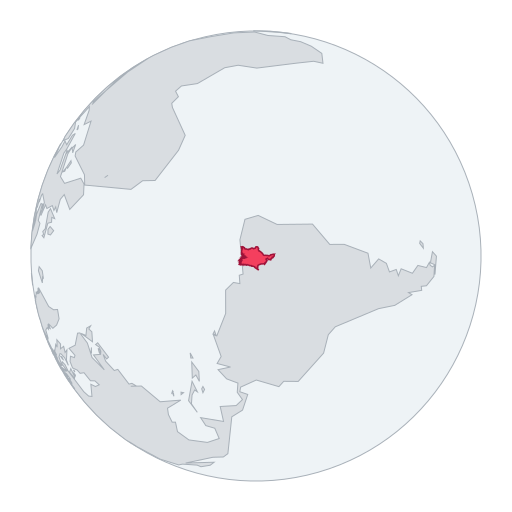 Maranhão highlighted on a globe, orthographic projection, rotated 254°
{"feature_id": "BRA-593", "entity_name": "Maranhão", "entity_type": "State", "adm_level": 1, "iso_a3": "BRA", "parent_name": "Brazil", "parent_adm1": "", "projection": "orthographic", "projection_center": [-45.076, -5.686], "detail": "fine", "context": "on_globe", "style": "filled", "palette": "rose", "viewbox_px": 512, "rotation_deg": 254, "n_neighbors": 0, "source": "natural_earth", "source_scale": "10m", "svg_char_len": 12503}
<svg xmlns="http://www.w3.org/2000/svg" viewBox="0 0 512 512"><g transform="rotate(254 256 256)"><circle cx="256" cy="256" r="225" fill="#eef3f6" stroke="#a8b0b8"/><path d="M179.9,44.0L178.3,45.3L182.9,43.5L184.7,44.0L190.6,42.4L188.4,43.8L195.1,41.4L196.0,40.5L199.3,39.3L202.9,38.5L200.7,39.9L198.5,40.5L199.8,40.5L197.1,41.7L200.4,40.7L197.3,42.9L205.7,39.7L207.7,40.6L204.1,42.5L197.6,43.6L173.1,53.0L167.5,56.5L166.2,59.6L178.2,61.9L174.8,65.7L175.4,69.8L180.4,66.7L181.7,62.5L191.2,58.5L191.7,54.6L195.6,52.7L199.0,48.8L205.8,48.2L210.8,50.0L208.4,53.4L210.4,54.6L218.8,50.8L220.1,57.6L231.0,63.2L230.6,65.5L218.8,69.9L203.6,70.4L188.4,78.8L205.7,72.5L204.3,79.5L207.2,80.6L211.6,80.2L215.1,77.4L216.2,79.9L199.4,86.4L198.2,84.1L203.5,81.9L196.3,82.5L185.0,88.2L185.1,91.9L167.9,98.6L167.8,101.6L164.0,105.2L165.3,99.7L162.6,110.0L142.3,123.7L138.2,144.0L134.1,129.0L127.7,128.1L119.4,129.6L118.5,132.8L108.8,132.1L97.7,140.8L90.2,157.9L90.7,170.3L101.8,168.9L106.8,161.0L115.9,158.2L105.9,179.2L121.2,180.1L117.7,195.7L121.7,203.4L130.2,200.4L138.8,203.6L146.0,193.9L157.2,188.2L156.3,200.9L163.4,189.0L169.0,194.8L192.0,193.3L190.0,196.3L209.1,211.0L231.6,217.4L236.8,227.0L233.9,232.9L242.1,234.6L242.2,238.6L276.0,245.0L294.3,255.5L294.4,269.3L280.5,285.0L271.1,319.1L246.8,330.1L242.9,344.0L227.8,364.4L212.8,363.0L219.4,373.1L213.0,379.3L203.9,379.9L204.4,387.1L197.8,387.4L203.7,392.0L196.3,401.6L202.3,409.0L197.9,416.7L202.1,420.9L199.1,420.9L196.9,422.7L197.9,425.1L187.3,421.4L180.4,411.6L181.3,406.5L177.3,405.8L178.8,392.5L175.8,395.3L170.3,375.8L171.6,359.3L166.1,312.7L160.4,303.8L144.0,294.2L123.8,262.0L127.9,248.1L124.1,242.0L136.7,222.1L134.2,205.1L130.0,203.0L125.2,209.9L111.6,200.6L108.1,188.4L73.8,174.5L71.8,169.2L74.4,159.2L76.4,131.3L69.3,158.9L67.5,154.3L68.6,145.0L71.2,141.8L76.2,128.0L76.5,124.1L87.2,107.8L108.3,86.2L106.3,88.5L111.6,83.7L114.4,80.9L115.0,80.3L116.7,79.0L131.4,68.3L146.9,58.9L163.1,50.8L179.9,44.0ZM135.5,151.3L153.2,160.0L141.6,162.2L144.1,160.1L140.0,156.2L131.7,153.2L121.9,156.5L135.5,151.3ZM147.0,138.9L143.8,138.4L147.2,138.0L147.0,138.9ZM114.4,80.7L114.0,81.2L109.8,85.1L109.7,84.9L114.1,81.1L114.4,80.7ZM194.9,49.5L196.9,49.2L195.2,50.0L194.9,49.5ZM194.5,48.3L191.2,49.6L190.5,49.2L192.6,48.4L194.5,48.3ZM198.8,46.9L189.8,48.5L188.6,47.9L195.5,44.7L198.8,46.9ZM194.8,40.6L193.9,41.5L191.3,41.6L194.8,40.6ZM193.6,39.5L195.2,39.1L196.2,38.9L192.7,40.0L198.4,38.4L192.3,41.0L179.4,44.3L182.5,43.1L186.1,42.0L187.1,41.5L193.6,39.5ZM200.4,38.9L197.6,39.4L200.0,38.3L206.1,37.0L203.4,37.7L200.4,38.9ZM204.7,37.6L209.2,36.4L211.4,36.3L203.4,38.3L204.7,37.6ZM198.0,38.6L199.4,38.1L200.7,37.9L198.0,38.6ZM221.6,36.2L218.1,36.4L219.0,35.8L221.6,36.2ZM210.8,36.0L210.0,36.1L210.0,35.9L213.4,35.3L210.8,36.0ZM201.0,37.5L203.0,37.0L202.6,37.1L205.7,36.4L205.2,36.5L207.9,35.9L209.5,35.6L206.8,36.2L200.8,37.6L201.0,37.5ZM216.7,34.4L217.0,34.9L223.3,34.3L222.6,34.8L212.7,35.7L216.7,34.4ZM211.1,35.3L214.4,34.8L211.9,35.4L208.1,36.2L211.1,35.3ZM219.1,34.0L218.9,33.9L219.8,33.9L219.1,34.0ZM221.0,33.5L218.5,34.0L221.0,33.5ZM219.2,33.7L217.5,34.1L216.7,34.2L218.0,33.9L218.6,33.9L219.2,33.7ZM230.8,32.1L228.8,32.6L223.1,33.4L225.8,32.8L230.8,32.1ZM206.1,429.4L188.8,422.9L198.0,425.8L201.4,421.8L211.5,426.8L206.1,429.4ZM217.4,419.0L223.0,416.8L225.3,418.0L221.8,419.9L217.4,419.0ZM417.9,99.3L413.0,94.6L408.7,90.4L417.9,99.3ZM408.2,89.9L409.4,91.3L413.2,94.8L414.1,96.2L410.6,93.2L409.1,91.4L406.1,89.4L414.4,99.5L419.2,104.1L415.1,104.7L422.6,112.8L423.6,116.1L411.2,103.8L407.9,99.7L389.7,87.3L392.7,91.4L410.1,103.8L407.3,102.6L411.6,109.5L406.1,103.3L386.2,89.9L378.6,92.0L379.1,109.0L372.5,110.5L362.4,107.1L352.1,89.8L367.9,88.6L364.4,83.5L352.6,76.4L358.4,77.0L355.5,74.3L360.6,74.1L359.3,68.1L363.2,67.8L354.5,60.6L355.3,59.7L360.3,64.0L365.8,67.3L374.5,68.1L373.8,66.8L367.4,62.4L370.6,63.6L363.3,59.3L364.3,58.8L357.0,56.1L349.3,51.9L345.4,49.5L341.5,47.9L347.8,52.1L351.6,54.3L356.9,56.8L365.8,63.9L364.6,64.8L350.2,56.5L346.9,57.3L337.2,51.4L326.0,42.2L325.6,41.7L340.7,47.2L355.3,53.8L369.5,61.4L383.1,70.0L396.0,79.5L408.2,89.9ZM475.7,206.2L475.8,206.4L471.5,190.5L451.6,147.0L449.4,142.7L449.1,142.2L448.5,141.3L451.9,148.2L446.8,140.2L462.8,169.1L467.7,181.7L475.9,207.3L476.4,209.6L477.1,212.8L480.0,232.0L481.2,251.4L479.4,272.1L476.6,296.2L471.7,316.4L464.7,328.2L458.8,344.3L454.3,349.0L449.7,358.0L442.4,367.0L432.6,375.1L422.8,373.5L427.3,365.1L430.2,348.2L436.4,308.6L444.3,291.4L445.6,277.8L437.9,247.2L440.0,231.2L436.6,224.1L430.5,225.3L426.0,217.1L421.8,216.6L391.5,221.2L379.0,210.7L356.4,179.8L359.6,167.8L354.5,154.2L371.4,110.9L381.4,113.5L402.0,109.7L405.7,111.5L410.1,120.8L431.1,134.6L429.7,127.0L441.9,135.7L445.5,137.0L434.6,119.5L428.6,116.8L420.7,108.0L420.1,102.7L423.6,105.4L434.1,118.0L443.6,131.3L452.2,145.3L459.7,159.8L466.2,174.9L471.5,190.4L475.7,206.2ZM373.1,132.1L374.4,136.0L373.1,132.1ZM192.8,193.1L195.4,195.5L191.6,195.7L192.8,193.1ZM139.2,167.3L143.3,167.2L145.2,169.0L141.9,169.8L139.2,167.3ZM175.9,165.2L181.0,166.0L175.3,167.3L175.9,165.2ZM156.2,161.1L171.8,165.0L160.8,169.2L151.1,167.0L158.2,165.4L156.2,161.1ZM143.4,145.8L145.8,146.4L144.6,148.7L143.4,145.8ZM149.5,138.7L148.4,139.0L147.6,137.4L149.5,138.7ZM205.2,79.1L206.6,78.7L210.8,78.8L208.1,80.1L205.2,79.1ZM233.4,73.4L234.5,77.8L231.9,75.2L228.4,77.3L218.6,75.2L229.8,66.6L226.5,70.6L233.4,73.4ZM208.6,70.8L213.5,72.6L207.7,71.0L208.6,70.8ZM334.4,62.0L338.9,63.4L341.1,66.2L336.1,68.5L332.9,64.2L334.4,62.0ZM344.9,64.9L332.0,57.1L334.6,56.0L335.3,57.8L338.3,57.8L340.3,60.9L355.4,68.3L358.2,71.5L347.4,72.8L349.4,70.3L344.8,68.8L344.9,64.9ZM294.5,45.0L289.0,43.2L301.8,42.8L305.5,44.6L300.7,46.5L293.5,45.5L294.5,45.0ZM212.6,41.6L209.7,42.1L210.3,41.6L213.3,40.6L212.6,41.6ZM219.9,36.3L226.2,39.1L223.1,39.7L230.4,41.5L225.2,43.9L220.7,42.5L222.2,46.2L215.9,45.9L217.9,48.4L208.2,45.1L202.6,45.5L210.8,44.0L215.7,41.6L216.2,40.7L213.4,38.8L203.9,39.4L207.3,37.7L212.2,36.4L215.0,36.0L211.9,37.1L217.9,35.8L215.5,37.1L219.9,36.3ZM267.7,31.1L263.0,31.0L274.5,31.6L272.3,31.7L273.7,31.7L274.8,32.2L278.7,33.1L276.7,33.2L279.1,33.5L279.8,34.1L282.4,34.8L279.7,35.3L282.7,36.3L279.7,36.0L285.5,37.7L280.0,36.8L280.5,37.9L285.6,38.2L264.6,42.8L260.1,46.6L259.3,50.5L249.9,49.4L244.6,45.3L242.5,40.8L248.2,37.8L242.9,38.2L244.1,37.0L247.8,37.2L242.8,36.3L244.7,35.5L242.8,33.5L234.4,33.5L233.5,33.1L237.8,32.7L233.9,32.6L241.4,31.8L240.9,31.6L247.8,31.0L256.3,31.0L255.1,30.8L260.3,30.8L267.7,31.1ZM235.3,31.7L243.6,31.1L247.7,30.9L234.0,32.2L233.4,32.5L224.8,34.0L219.1,34.3L222.1,33.8L223.7,33.4L224.8,33.4L225.1,33.1L229.2,32.5L230.5,32.3L233.7,32.0L233.0,31.9L235.3,31.7ZM405.7,108.2L407.8,108.8L410.2,108.7L412.9,113.4L405.7,108.2ZM392.3,99.0L393.6,98.5L398.6,104.4L396.4,104.1L392.3,99.0ZM390.1,93.6L393.3,98.0L390.2,95.5L390.1,93.6ZM361.0,63.6L361.9,63.2L363.6,64.3L365.1,65.8L361.0,63.6ZM299.7,35.0L301.5,35.4L298.1,34.7L297.3,34.6L289.4,33.2L289.5,33.2L299.7,35.0ZM436.0,122.0L437.5,125.0L435.8,123.1L435.7,122.4L436.0,122.0ZM426.5,118.6L430.7,121.5L427.2,119.9L426.5,118.6ZM461.7,347.9L460.1,351.3L460.2,350.4L464.7,339.6L472.3,318.4L473.3,315.4L468.1,331.9L461.7,347.9Z" fill="#d9dde1" stroke="#a8b0b8" stroke-width="1"/><path d="M251.8,238.5L252.2,238.2L252.2,238.4L252.2,238.2L252.4,237.8L252.5,238.0L252.4,238.2L252.6,238.2L252.4,238.2L252.4,238.4L252.6,238.6L252.9,237.8L252.9,238.0L252.7,238.3L252.8,238.2L252.9,238.4L252.8,238.6L253.0,238.4L253.1,238.6L253.1,238.9L253.1,238.7L253.5,238.1L253.4,238.6L253.6,238.4L253.7,238.7L253.6,239.0L253.9,239.0L253.9,238.7L254.0,238.7L254.0,238.9L254.2,238.7L254.1,239.0L254.3,238.8L254.2,239.2L254.6,238.7L254.7,239.0L254.4,239.4L254.2,239.5L254.3,239.4L254.3,239.6L254.5,239.6L254.5,239.4L254.9,238.8L255.0,238.8L255.1,239.2L254.8,239.5L254.7,239.8L254.8,239.9L254.8,239.7L255.0,239.9L254.9,240.4L255.0,240.5L255.4,240.2L255.3,239.9L255.7,239.5L255.8,239.6L255.9,239.4L256.0,239.5L255.9,239.5L256.0,239.5L256.1,239.3L256.1,239.5L256.3,239.5L256.2,239.6L256.4,239.7L256.2,239.9L256.4,239.9L256.5,239.6L256.8,239.2L256.9,239.5L256.6,239.7L256.6,239.9L256.6,240.1L256.7,239.9L256.9,240.1L257.0,240.1L256.9,240.0L256.9,239.8L257.0,240.1L257.1,239.9L257.1,240.0L257.1,240.4L257.0,240.6L257.2,240.4L257.4,240.4L257.0,240.8L257.4,240.7L257.6,240.8L257.7,240.4L257.9,240.5L257.6,240.9L257.8,240.8L258.0,240.8L258.0,241.0L258.1,240.8L257.9,241.1L258.2,241.1L258.3,241.5L257.8,241.7L258.3,241.7L257.8,242.1L257.7,242.1L257.9,242.2L257.7,242.4L257.4,242.4L257.5,242.6L257.3,242.5L257.0,242.6L257.4,242.6L257.5,242.7L257.4,243.1L257.6,242.9L257.6,243.2L257.7,242.6L258.3,242.1L258.7,242.3L258.8,242.8L258.7,243.1L258.4,243.1L258.2,243.0L258.2,243.5L257.6,243.8L258.1,243.6L257.7,244.3L257.7,244.9L257.5,245.1L257.5,245.4L257.8,245.5L257.4,246.1L257.2,246.2L257.2,246.6L257.3,246.3L257.6,246.2L258.5,245.2L258.8,244.0L258.8,243.6L259.0,243.6L259.1,243.8L259.1,243.4L259.9,243.1L260.1,243.3L259.8,243.3L260.0,243.3L260.0,243.5L260.1,243.4L260.0,243.7L259.7,243.9L259.8,243.9L259.7,244.1L259.4,244.1L259.4,244.3L258.9,244.6L258.9,244.8L259.0,244.6L259.1,244.8L259.2,244.5L259.4,244.6L259.5,244.5L259.4,244.8L259.8,244.5L260.0,244.5L259.9,244.7L260.1,244.1L260.3,243.9L260.4,244.0L260.4,243.9L260.5,243.7L260.7,244.0L260.7,243.8L261.2,243.6L261.3,243.4L261.3,243.7L261.6,243.7L261.6,243.4L261.5,243.5L262.0,243.6L262.0,243.2L262.2,243.7L262.3,243.6L262.3,243.4L262.5,243.4L262.3,243.3L262.5,243.3L262.2,243.1L262.3,242.9L262.6,242.8L263.4,243.0L264.9,243.7L265.3,243.7L265.8,244.2L266.2,244.2L266.1,244.4L266.3,244.5L266.4,244.4L267.0,244.5L267.1,244.8L267.3,244.7L267.8,244.7L267.8,244.8L268.0,244.7L268.3,244.8L268.3,244.6L268.0,244.4L268.8,244.4L268.6,244.8L268.8,245.3L268.3,246.2L268.1,246.4L267.6,246.5L267.2,247.2L266.3,247.3L266.1,247.2L265.5,248.1L265.5,248.6L265.2,249.0L264.8,249.5L264.6,249.9L264.2,250.3L264.3,250.8L264.5,251.0L264.7,251.3L264.5,251.8L264.3,252.0L264.4,252.3L264.7,253.0L264.9,254.0L264.7,254.7L264.4,254.9L263.9,255.7L263.7,255.8L263.8,256.1L263.7,256.3L263.7,256.9L263.9,257.3L263.8,257.5L264.3,258.0L264.7,258.2L264.8,258.6L264.7,258.7L264.7,259.1L264.4,259.9L264.1,260.2L263.6,260.3L263.3,260.2L262.5,260.6L262.2,260.5L261.9,260.2L261.5,260.0L260.9,260.0L260.4,260.2L260.0,260.3L260.0,260.5L259.8,260.5L259.6,260.7L259.4,261.1L259.2,261.2L259.0,261.6L258.2,261.9L257.6,262.5L257.0,262.6L256.7,262.9L256.3,263.1L255.2,263.3L254.5,263.8L254.4,264.0L254.2,264.6L254.0,265.7L253.4,266.8L253.4,267.3L253.3,267.5L253.1,267.8L252.7,268.2L252.5,268.7L252.8,269.7L252.8,270.2L253.2,270.6L253.2,270.8L253.0,271.1L253.0,273.0L252.8,273.0L252.8,273.3L252.6,273.7L252.6,274.2L252.1,273.8L251.1,273.6L250.6,273.0L250.6,272.7L250.5,272.4L249.8,272.0L249.8,271.7L250.1,271.6L250.3,271.2L249.3,270.5L249.1,269.7L249.0,269.4L248.7,269.3L248.4,269.3L248.2,269.1L248.3,268.9L248.9,268.4L248.8,268.0L249.2,266.9L249.6,266.7L250.5,266.6L250.3,266.3L250.4,266.2L250.4,265.8L250.6,265.4L250.5,265.0L250.0,264.7L249.0,264.9L248.6,265.2L248.4,265.3L247.6,264.1L247.4,264.1L247.3,263.7L247.2,263.8L246.9,263.3L246.7,263.3L246.5,262.9L246.2,262.9L246.6,262.7L246.6,262.4L246.2,262.2L246.0,262.4L245.6,261.9L245.8,261.8L246.0,261.8L246.5,261.1L246.6,260.0L246.9,259.1L246.9,258.6L247.0,258.3L246.8,257.7L246.9,256.7L246.6,256.2L246.6,255.6L246.5,255.4L246.4,255.2L245.6,254.9L245.2,254.8L245.1,254.4L244.9,254.3L244.6,254.2L244.1,254.4L243.2,254.0L242.6,254.1L242.2,254.6L241.9,254.6L241.7,254.7L245.3,251.7L245.9,251.8L246.2,251.5L246.7,250.7L247.0,250.4L247.2,249.6L247.3,249.7L248.1,248.9L248.3,247.7L248.6,247.5L248.7,247.0L248.9,246.8L249.1,246.7L249.4,246.2L249.5,246.1L249.9,245.4L249.8,245.0L250.1,244.9L249.8,244.4L250.0,244.1L250.3,244.0L250.4,243.7L250.7,243.6L250.7,243.1L250.8,242.9L250.6,243.0L250.7,242.8L250.7,242.5L250.9,242.5L251.3,242.1L251.5,241.2L251.5,240.8L251.5,240.7L251.2,240.7L251.5,240.4L251.7,239.8L251.6,239.5L251.9,239.0L251.7,238.8L251.8,238.5ZM258.3,244.3L258.2,244.8L258.3,244.6L258.3,245.2L257.9,245.7L258.0,245.1L258.0,244.7L258.1,244.4L258.3,244.3ZM261.7,242.5L261.8,242.6L261.7,243.1L261.3,243.2L261.3,242.7L261.7,242.5ZM256.7,238.7L256.7,238.9L256.4,239.1L256.2,239.1L256.2,238.9L256.3,238.8L256.3,239.0L256.4,238.6L256.7,238.7ZM267.9,244.3L268.0,244.5L267.7,244.5L267.7,244.3L267.3,244.2L267.9,244.3ZM260.9,243.5L260.8,243.2L261.0,243.3L261.1,243.2L261.2,243.3L261.1,243.5L260.9,243.5ZM267.1,244.3L267.5,244.4L267.7,244.6L267.1,244.4L267.1,244.3ZM261.8,243.0L262.0,243.0L261.9,243.2L261.8,243.0Z" fill="#f43f5e" stroke="#9f1239" stroke-width="1.5"/></g></svg>